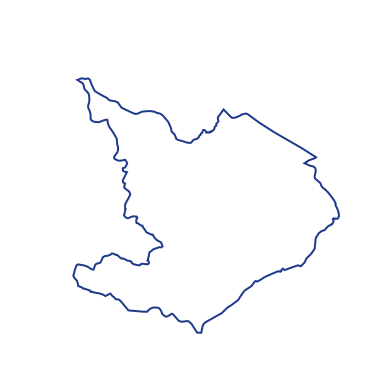 outline of Brebu, Caras-Severin, Romania, rotated 165°
{"feature_id": "2599482B1219277993436", "entity_name": "Brebu", "entity_type": "district", "adm_level": 2, "iso_a3": "ROU", "parent_name": "Romania", "parent_adm1": "Caras-Severin", "projection": "equal_earth", "projection_center": [22.029, 45.391], "detail": "fine", "context": "isolated", "style": "outline", "palette": "blue", "viewbox_px": 384, "rotation_deg": 165, "n_neighbors": 0, "source": "geoboundaries", "source_scale": "gbopen_adm2", "svg_char_len": 5707}
<svg xmlns="http://www.w3.org/2000/svg" viewBox="0 0 384 384"><g transform="rotate(165 192 192)"><path d="M273.7,329.9L269.5,325.3L269.0,322.7L269.2,319.3L266.6,314.3L266.4,312.2L267.1,308.1L267.6,306.6L268.1,305.5L268.7,304.4L269.3,303.3L270.1,302.3L270.4,299.7L269.9,297.3L269.9,293.1L271.0,289.0L270.7,287.4L268.7,285.4L266.9,284.5L263.6,283.5L262.1,283.7L260.6,283.9L259.2,284.0L257.7,284.1L257.0,284.1L255.1,283.7L255.3,281.8L255.4,279.9L255.3,278.0L255.0,276.1L253.8,272.9L252.7,269.7L251.8,266.4L250.9,263.1L252.0,256.9L251.7,255.1L252.4,252.1L253.6,249.9L258.3,246.0L258.3,244.4L258.0,243.9L257.5,243.4L257.1,242.9L256.6,242.5L256.0,242.1L255.5,241.7L254.9,241.4L254.2,241.1L253.4,240.8L248.2,240.4L247.1,236.7L247.8,235.6L248.6,234.7L249.5,233.8L250.4,233.0L252.7,232.9L253.2,230.5L252.4,229.4L249.7,228.1L255.8,221.1L256.1,219.2L254.4,217.3L255.8,215.6L256.3,213.5L253.2,209.5L252.4,208.1L252.2,205.6L254.8,202.6L257.5,199.9L259.6,197.5L259.7,197.4L261.0,193.4L260.5,192.5L261.4,191.6L262.0,190.0L263.7,187.0L262.8,184.9L261.2,183.4L260.0,183.2L257.6,183.7L255.2,183.7L253.9,183.5L252.7,182.7L251.8,182.6L251.6,182.0L251.5,181.1L252.4,180.4L253.4,178.7L253.6,176.4L252.6,176.0L251.7,174.9L250.7,173.6L249.9,173.0L249.5,172.4L248.5,172.2L248.5,170.3L247.6,168.9L247.4,167.8L246.4,164.9L244.1,162.9L242.4,161.5L240.8,160.9L240.7,159.6L240.0,157.5L238.5,154.7L235.0,151.4L234.6,148.7L234.5,147.1L235.9,146.4L238.0,147.2L239.4,147.0L242.5,146.8L244.1,146.7L245.4,146.1L246.9,145.3L248.6,144.9L249.1,144.0L249.9,142.3L250.7,140.6L252.4,137.8L251.7,137.9L251.9,137.8L251.9,136.6L251.9,134.5L252.8,133.8L254.2,133.8L255.3,134.3L256.1,134.5L257.2,135.0L258.6,135.6L260.0,135.6L260.8,134.9L261.7,134.8L262.8,135.1L264.8,136.1L267.0,137.3L268.5,138.9L268.5,140.1L269.8,141.4L271.8,142.3L273.5,143.7L275.1,145.2L276.1,145.8L277.1,145.8L278.0,146.9L279.1,148.0L279.5,148.8L280.0,149.9L280.9,150.7L281.9,150.9L282.5,151.7L284.0,152.7L285.3,153.4L286.7,152.6L289.4,152.4L290.3,152.2L292.3,152.7L294.9,152.1L296.5,150.1L298.0,148.3L299.0,147.4L301.0,147.4L303.0,147.4L304.4,146.6L307.2,142.5L308.7,143.2L310.2,144.4L310.7,145.2L311.4,146.1L312.2,146.8L314.7,148.7L320.6,151.5L321.6,151.5L322.7,150.8L324.0,149.0L326.3,145.3L327.4,143.4L328.3,141.8L328.0,140.1L327.0,137.8L326.1,136.3L326.0,134.6L326.0,132.3L326.3,130.7L322.8,128.1L322.4,127.1L321.9,126.7L321.2,126.7L320.9,126.6L320.4,126.1L319.0,125.2L316.0,123.2L315.8,122.1L315.5,121.6L315.2,121.5L314.3,121.3L314.1,121.5L313.0,120.4L311.5,119.9L309.3,118.6L308.4,118.5L308.0,118.2L304.7,116.1L302.5,113.9L299.5,114.6L297.4,115.1L296.9,114.6L296.4,113.3L295.2,111.2L294.7,110.9L293.5,108.2L290.9,107.3L289.9,106.4L288.4,103.5L286.5,99.4L286.0,98.4L284.1,94.1L269.2,88.7L266.4,88.0L265.4,88.6L264.4,89.2L263.4,89.7L262.3,90.1L262.2,90.1L259.5,90.5L257.4,89.9L255.4,89.2L254.4,88.8L254.1,88.4L253.8,88.1L253.3,87.3L253.0,86.5L252.5,84.5L252.4,83.3L252.4,82.2L250.6,79.3L249.4,78.4L247.8,78.2L246.9,78.5L245.9,78.7L245.0,79.1L244.1,79.5L242.8,79.6L241.5,77.9L238.2,71.1L236.4,69.7L233.7,69.0L232.5,68.9L231.3,68.8L231.2,68.8L230.0,68.5L228.8,68.1L226.6,64.7L223.5,54.9L219.5,53.6L216.3,60.0L214.5,61.8L212.3,62.8L194.6,67.3L187.6,71.2L182.8,72.7L175.2,75.8L173.2,77.7L171.1,79.6L169.0,81.4L166.8,83.1L159.7,85.5L158.3,86.3L157.0,87.2L155.8,88.2L154.6,89.3L153.4,89.5L152.1,88.6L149.4,89.2L143.6,91.1L132.5,92.8L128.8,93.1L127.8,92.3L127.5,92.1L126.6,92.3L126.8,92.8L124.1,94.5L122.7,92.6L115.1,93.3L108.7,93.8L106.1,92.1L103.4,93.7L101.6,94.7L98.7,98.1L92.5,101.7L88.1,105.6L84.5,115.3L80.3,119.3L76.7,120.8L75.8,120.7L74.9,120.8L74.0,120.9L73.2,121.2L73.1,121.3L72.5,121.7L72.0,122.2L71.0,122.8L69.9,123.4L68.7,123.9L65.4,124.5L65.3,125.0L64.3,125.2L64.1,125.4L63.0,126.7L62.8,127.5L62.9,129.5L62.4,129.7L61.9,129.3L61.9,129.0L61.7,129.0L61.5,129.6L60.8,129.4L59.9,128.8L59.4,128.7L57.6,128.8L56.8,130.0L56.2,130.7L55.9,132.3L55.7,136.5L56.6,141.3L56.8,142.3L56.2,143.7L57.0,147.4L59.6,154.0L60.5,156.0L61.5,157.9L62.7,159.8L64.0,161.6L64.3,161.8L65.4,164.2L65.6,166.5L66.0,168.1L67.1,169.3L67.8,170.6L69.0,172.2L69.8,173.6L69.4,175.6L67.3,179.7L66.8,181.1L66.7,182.1L66.8,182.6L67.0,183.6L67.4,184.4L68.3,185.3L70.4,186.4L71.5,187.1L74.5,189.6L75.9,190.7L71.3,192.2L70.0,192.4L67.3,192.7L64.6,192.8L63.2,193.5L74.6,205.9L96.8,228.1L109.1,241.6L118.1,252.8L119.5,253.8L123.5,254.0L125.0,253.6L126.5,253.2L128.1,253.0L129.6,252.7L129.8,252.7L132.8,252.8L134.6,253.7L140.2,263.5L147.8,257.3L148.2,253.4L151.0,251.5L151.2,250.0L151.3,250.0L152.9,249.2L153.4,248.7L153.6,248.1L154.0,247.4L155.0,246.4L156.4,245.8L157.2,245.8L157.5,245.5L158.0,245.0L158.7,245.4L159.2,245.5L159.3,245.3L159.8,244.9L160.2,245.1L161.1,245.3L161.3,245.6L161.6,245.7L162.1,245.7L162.4,245.5L162.9,245.8L162.9,246.9L163.1,247.4L163.3,247.9L164.2,248.8L165.3,248.9L165.7,248.4L166.1,247.8L166.7,246.6L167.1,246.6L167.6,246.2L168.2,246.1L168.4,245.9L168.7,245.3L169.4,244.8L169.7,244.7L170.3,244.5L171.4,243.1L173.3,242.1L176.9,242.0L180.3,239.8L181.4,240.0L182.4,240.3L183.4,240.7L184.4,241.2L186.2,242.5L192.1,246.0L193.6,247.7L193.5,248.8L193.6,250.0L193.8,251.2L194.1,252.3L194.1,252.5L196.0,255.5L195.8,259.5L196.8,265.9L200.0,272.6L201.4,274.9L203.5,276.6L205.5,277.4L207.2,279.1L211.7,281.1L217.8,282.3L218.2,282.4L219.6,282.4L221.1,282.3L222.5,282.1L223.9,281.8L226.2,281.9L229.0,283.8L238.2,291.6L240.5,297.7L243.2,299.8L247.4,301.5L248.7,302.8L249.8,304.9L252.4,307.2L254.9,309.6L257.3,312.0L259.6,314.5L260.0,315.9L260.4,317.4L260.7,318.9L260.9,320.3L261.2,321.8L261.3,323.3L261.4,324.8L261.5,326.3L262.4,328.1L264.0,328.8L264.4,328.7L264.9,328.7L265.4,328.8L265.9,328.9L266.4,329.0L266.7,329.2L269.1,330.4L273.7,329.9Z" fill="none" stroke="#1e3a8a" stroke-width="2"/></g></svg>